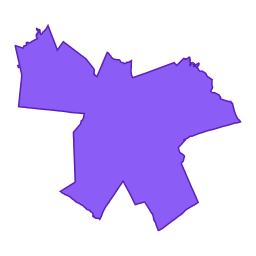 Raciu, Dâmbovita, Romania (Mercator projection)
{"feature_id": "2599482B50297970543738", "entity_name": "Raciu", "entity_type": "district", "adm_level": 2, "iso_a3": "ROU", "parent_name": "Romania", "parent_adm1": "Dâmbovita", "projection": "mercator", "projection_center": [25.443, 44.813], "detail": "fine", "context": "isolated", "style": "filled", "palette": "violet", "viewbox_px": 256, "rotation_deg": 0, "n_neighbors": 0, "source": "geoboundaries", "source_scale": "gbopen_adm2", "svg_char_len": 5611}
<svg xmlns="http://www.w3.org/2000/svg" viewBox="0 0 256 256"><path d="M172.7,220.5L173.2,220.3L173.5,220.1L175.4,218.7L175.9,218.4L176.3,218.0L177.1,217.3L177.4,217.0L177.9,216.6L178.6,216.1L179.5,215.6L181.9,213.9L182.3,213.5L183.4,212.4L184.3,211.5L184.8,211.0L185.3,210.4L186.2,209.7L188.9,208.0L189.7,207.5L191.4,206.5L192.8,205.7L193.1,205.5L193.4,205.4L193.8,205.3L194.2,205.1L197.4,202.9L198.2,202.3L197.3,200.4L196.6,198.8L195.5,196.0L194.8,194.6L193.4,191.4L192.6,189.6L192.2,188.8L190.4,184.7L188.3,179.8L185.7,173.8L184.9,171.8L181.1,163.2L181.9,162.4L182.9,161.5L183.2,161.2L183.4,160.6L183.6,159.6L184.5,156.0L182.4,154.1L181.0,153.3L180.2,152.7L179.7,152.1L179.3,151.2L179.1,150.7L178.9,149.4L178.5,148.4L178.4,147.5L178.7,147.1L179.6,146.2L180.4,145.4L182.3,143.3L184.8,140.5L184.0,140.4L183.8,139.8L184.2,139.7L184.4,139.6L185.3,139.2L185.8,139.1L186.3,138.8L187.0,138.4L187.5,138.3L187.6,138.2L188.6,137.4L189.6,136.5L189.9,136.3L190.1,136.3L191.8,136.2L192.6,136.0L193.5,135.6L195.1,135.0L197.2,134.1L199.6,133.3L203.1,132.3L204.6,131.7L206.3,131.1L208.9,130.4L210.9,129.9L213.1,129.4L219.7,127.4L223.3,126.3L224.1,126.1L225.2,125.9L228.2,125.1L229.5,124.7L234.4,123.2L235.0,123.1L238.7,122.5L240.6,121.8L239.7,120.5L237.9,119.0L236.0,115.5L235.5,114.3L234.6,111.9L233.2,106.5L232.5,103.3L231.6,103.3L230.8,101.5L228.9,101.5L223.3,99.9L220.4,98.7L220.6,97.2L219.0,94.9L217.1,94.0L215.7,93.3L214.2,92.5L213.3,92.8L212.6,92.7L211.2,92.0L210.8,90.7L211.9,89.0L212.6,87.7L212.2,86.0L211.8,84.7L211.9,83.7L212.0,82.2L212.0,80.2L212.2,79.7L211.5,79.3L210.9,78.9L209.8,78.1L208.8,77.3L207.6,76.8L207.2,76.4L206.9,75.5L206.2,74.5L205.9,73.6L205.7,73.3L205.2,73.2L204.3,72.3L203.8,72.3L203.4,72.0L202.9,71.5L202.3,71.1L201.9,71.2L200.6,71.2L199.8,71.2L199.1,70.3L198.4,69.5L197.9,68.2L197.4,67.8L196.8,67.8L196.5,67.4L197.7,66.5L198.7,65.3L198.9,64.5L199.0,63.5L198.7,63.1L197.0,64.1L196.2,64.5L195.5,65.3L195.2,65.8L195.2,66.5L194.7,66.3L194.4,66.0L194.0,66.3L193.7,66.3L193.9,65.8L193.9,65.4L193.8,65.0L193.5,64.7L194.3,64.5L194.5,64.3L194.6,64.2L194.2,63.7L193.7,63.5L193.3,63.0L193.0,62.9L192.3,62.7L192.1,62.5L191.6,62.8L191.5,63.6L191.2,64.1L190.7,64.3L190.5,65.2L190.0,65.6L189.8,65.2L189.8,64.7L190.0,64.2L190.3,63.5L190.3,62.3L190.1,61.9L189.5,61.4L190.3,60.3L190.4,59.9L190.1,59.4L189.8,59.1L189.7,58.9L189.9,58.6L189.9,58.1L189.9,57.7L189.6,57.3L189.2,57.1L188.8,57.4L188.9,57.8L188.3,57.8L187.3,58.5L186.7,59.0L186.4,58.8L185.9,58.8L185.7,59.4L185.3,59.5L184.6,58.6L184.2,58.4L183.7,58.4L176.8,65.4L175.4,64.0L174.1,62.6L146.7,72.8L132.9,77.6L132.5,77.5L131.5,75.0L130.9,70.7L131.3,67.1L131.2,64.3L131.4,60.7L131.0,61.0L130.3,61.3L129.8,61.5L129.3,61.9L128.6,62.2L127.7,62.4L127.1,62.2L126.5,62.4L126.0,63.2L125.1,63.5L124.3,63.5L123.8,63.1L123.2,62.8L122.3,62.7L120.9,62.2L120.3,61.3L119.8,60.2L119.1,59.8L116.7,59.7L113.7,59.1L112.6,58.4L111.2,57.1L110.8,56.0L109.8,55.2L109.1,54.3L108.6,53.2L107.2,52.4L97.0,76.6L96.6,76.3L95.7,75.8L95.4,75.2L95.1,75.0L94.6,75.0L94.2,74.9L94.3,74.0L94.2,73.1L93.7,72.7L94.0,72.1L94.2,71.2L94.3,70.5L94.1,69.6L93.8,68.8L85.9,58.8L86.1,59.0L63.3,41.7L57.3,50.1L57.1,49.3L49.5,29.5L48.4,26.6L48.0,25.5L47.0,27.3L46.3,28.7L44.3,31.0L43.3,31.7L42.5,32.6L42.3,33.5L41.6,34.3L40.7,34.4L40.4,33.7L40.3,33.0L40.0,31.8L40.0,30.7L39.9,30.0L39.2,29.5L38.6,30.2L38.4,30.1L37.8,29.6L37.6,29.0L37.1,28.7L36.7,28.5L36.6,29.1L36.7,29.7L37.4,30.6L37.8,31.0L38.4,31.7L38.7,32.3L37.3,33.1L37.5,34.0L36.7,34.2L36.7,34.7L36.6,34.9L36.2,35.0L36.4,36.7L37.5,38.5L31.2,41.8L30.6,42.5L28.2,43.4L27.9,42.3L26.4,42.6L26.4,45.4L23.9,45.9L23.7,46.5L23.3,47.8L23.1,48.1L15.4,45.7L15.4,46.4L19.6,65.3L19.0,65.2L17.8,65.5L18.2,66.5L18.5,67.5L20.0,67.2L21.4,73.1L21.7,74.8L21.7,75.8L21.6,77.7L20.9,84.5L19.9,93.7L19.2,100.6L18.6,106.6L19.8,106.8L23.2,107.1L24.4,107.2L25.6,107.4L27.9,107.7L32.5,108.1L38.5,108.8L44.9,109.4L49.5,109.8L54.3,110.3L56.6,110.6L58.9,110.9L59.3,111.0L59.6,111.0L59.8,111.0L60.2,110.9L61.1,111.0L64.1,111.4L67.6,111.9L69.4,112.2L71.5,112.5L74.1,112.7L78.6,113.0L81.4,113.3L84.3,113.5L83.8,116.1L83.7,116.4L83.6,117.3L83.3,118.2L83.0,118.8L82.9,119.5L82.7,119.9L82.7,120.0L81.6,120.4L81.2,121.0L81.1,121.4L80.9,122.4L80.8,123.6L77.4,127.6L77.3,127.8L73.4,132.3L73.5,134.2L73.5,135.6L73.5,136.3L73.6,137.0L73.8,141.5L73.9,146.4L74.1,151.8L74.2,153.9L74.2,155.3L74.2,155.6L74.3,155.7L75.2,182.1L60.4,191.4L60.6,191.5L61.4,192.2L61.8,192.6L62.4,193.0L62.7,193.1L64.1,193.9L64.7,194.4L65.6,194.7L66.8,195.2L67.7,195.6L68.6,196.0L70.1,197.0L71.0,197.7L72.0,198.7L73.6,199.7L75.0,201.0L76.1,202.0L77.3,202.6L78.5,203.0L79.2,203.4L80.2,204.1L80.9,204.6L82.5,205.3L83.3,205.8L83.5,206.1L84.2,206.9L84.8,207.4L85.3,207.8L86.8,209.3L87.5,209.7L88.5,210.0L89.0,210.2L89.9,210.5L90.1,210.6L90.1,210.9L90.1,211.2L90.3,211.4L92.3,212.8L92.6,213.1L92.9,213.6L93.1,213.9L92.9,215.9L92.8,216.1L92.9,216.3L93.0,216.4L93.3,216.5L93.5,216.8L94.0,216.4L95.4,218.2L98.7,218.3L99.8,219.4L100.8,217.4L101.1,216.7L101.9,214.9L102.7,212.6L103.8,210.2L105.6,206.9L106.2,206.0L106.8,205.4L107.5,204.2L108.2,203.2L108.6,202.9L108.8,202.6L109.1,201.9L110.1,200.2L110.9,199.2L114.0,194.7L115.4,192.6L119.0,187.1L121.0,184.2L123.1,181.2L124.1,182.8L124.2,183.2L126.4,187.2L130.3,194.5L132.2,198.3L135.2,204.6L136.6,204.3L137.1,204.1L137.8,203.8L138.2,203.7L140.3,203.2L144.7,201.9L149.4,209.5L151.8,213.5L152.5,213.7L153.3,216.8L153.8,219.8L154.7,221.4L155.0,221.3L156.2,224.9L156.9,227.1L157.3,227.9L157.5,228.3L157.7,228.6L157.7,229.1L157.8,229.3L158.3,230.4L158.6,230.5L158.9,230.4L162.5,228.4L172.2,220.9L172.6,220.6L172.7,220.5Z" fill="#8b5cf6" stroke="#5b21b6" stroke-width="1.5"/></svg>